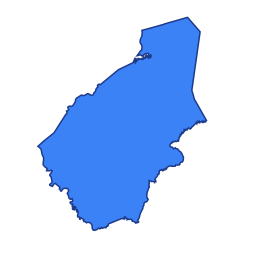 Kariba, Mashonaland West, Zimbabwe (Natural Earth projection), rotated 347°
{"feature_id": "62879985B94385115404707", "entity_name": "Kariba", "entity_type": "district", "adm_level": 2, "iso_a3": "ZWE", "parent_name": "Zimbabwe", "parent_adm1": "Mashonaland West", "projection": "natural_earth1", "projection_center": [28.545, -16.89], "detail": "fine", "context": "isolated", "style": "filled", "palette": "blue", "viewbox_px": 256, "rotation_deg": 347, "n_neighbors": 0, "source": "geoboundaries", "source_scale": "gbopen_adm2", "svg_char_len": 5829}
<svg xmlns="http://www.w3.org/2000/svg" viewBox="0 0 256 256"><g transform="rotate(347 128 128)"><path d="M72.0,219.8L72.7,220.3L73.5,219.9L74.6,220.1L76.8,218.8L77.4,219.7L77.8,219.9L78.4,219.8L79.5,218.8L79.9,219.1L80.1,219.8L80.6,220.0L82.2,219.5L82.9,219.8L83.4,219.6L83.7,220.1L84.1,220.2L85.2,218.9L85.7,218.7L85.8,219.1L86.1,219.1L86.6,218.7L87.3,217.3L87.7,217.0L100.2,215.0L101.0,214.7L104.2,215.9L104.2,215.3L103.8,214.6L104.0,214.2L105.3,213.7L105.4,214.0L104.9,214.8L105.7,215.1L106.4,216.0L107.0,216.1L106.6,217.1L107.5,216.8L108.4,217.4L110.4,217.4L111.0,218.2L111.2,219.7L111.7,219.5L111.9,220.0L113.2,220.9L114.0,222.2L114.3,221.9L114.6,222.3L115.1,221.9L115.9,222.4L117.0,222.1L117.3,221.9L116.5,220.9L116.5,220.2L117.2,219.8L118.8,217.9L119.9,215.5L121.9,212.6L124.3,209.8L124.7,208.5L125.9,207.1L126.8,204.8L127.8,204.1L129.0,204.2L130.3,203.6L131.4,202.3L131.6,201.9L131.2,201.3L131.1,200.4L130.7,199.6L131.2,197.7L131.6,197.1L131.7,195.9L134.6,191.1L135.5,190.5L135.5,190.0L135.2,189.5L135.6,189.0L135.6,188.3L136.5,186.1L136.3,185.7L136.7,183.9L137.9,184.5L138.8,185.5L139.5,185.4L141.2,186.2L141.5,186.7L141.6,186.1L142.3,185.9L142.5,186.8L142.6,186.3L143.0,186.6L143.1,186.3L143.1,184.8L142.8,184.2L143.3,183.1L145.0,182.1L146.1,181.0L146.4,180.0L147.5,180.0L147.8,179.7L148.6,178.0L148.6,177.0L149.4,176.4L150.2,176.6L151.2,176.1L151.9,177.3L152.4,177.5L152.9,177.3L153.2,176.2L153.8,176.4L154.4,177.1L155.1,176.0L155.4,175.9L156.1,176.7L156.6,176.3L156.8,175.3L157.6,174.9L159.9,174.4L161.3,174.4L161.6,175.0L164.2,175.7L164.8,175.5L165.4,175.8L166.3,174.7L167.6,175.3L168.9,175.2L169.4,175.6L170.3,175.1L170.4,174.4L171.8,173.2L173.1,173.4L174.2,172.5L175.1,170.4L175.2,169.4L175.5,168.9L174.9,166.6L174.9,165.6L174.1,163.6L173.6,162.7L172.9,162.2L171.7,159.6L170.1,158.9L169.6,157.9L167.6,158.6L167.0,156.7L165.5,156.1L164.9,155.5L164.7,154.4L165.9,153.2L166.0,152.9L166.9,152.3L167.2,152.6L167.7,151.7L168.0,151.9L168.8,151.5L169.2,151.9L169.6,151.5L170.6,151.6L171.1,151.4L171.4,151.9L172.3,152.1L173.0,151.8L173.9,152.1L173.9,151.3L174.5,151.5L174.8,151.2L174.9,150.3L175.5,149.5L175.6,149.0L176.0,148.9L176.0,148.4L176.6,147.8L177.3,147.6L177.5,146.9L177.3,146.1L177.7,146.1L177.9,146.6L178.4,146.6L178.9,145.8L179.5,145.6L179.1,144.7L179.4,144.3L179.6,144.4L179.9,145.0L180.8,145.2L181.0,144.9L180.7,144.4L181.8,144.2L181.8,143.6L182.1,143.6L182.5,142.2L183.3,143.3L183.5,143.2L183.6,142.5L184.1,142.3L184.6,142.3L185.0,143.1L185.3,142.6L185.9,142.6L186.8,141.5L187.4,142.0L187.9,142.0L188.2,142.9L188.6,142.9L190.0,142.0L190.6,141.3L191.5,141.0L195.2,138.6L195.6,139.1L195.6,138.4L195.9,138.0L197.4,137.1L197.7,137.4L197.3,138.5L198.4,138.2L198.8,137.6L198.9,138.2L198.5,138.9L198.8,139.1L199.1,139.1L199.2,138.4L199.5,138.2L200.1,138.2L200.8,138.6L202.1,138.1L201.9,139.2L202.3,139.6L203.3,139.1L203.3,138.5L203.5,138.5L203.8,139.3L204.6,138.9L205.0,139.5L205.3,139.4L205.7,138.1L206.1,138.1L199.2,115.0L198.7,105.6L219.9,50.5L210.9,33.6L186.9,34.8L186.6,35.0L176.6,35.5L163.5,36.0L163.3,38.4L162.6,40.1L162.5,41.1L160.0,44.4L159.2,46.4L159.1,48.1L159.9,50.0L160.1,51.5L158.9,55.0L157.8,55.5L153.1,59.6L156.5,59.5L158.1,61.1L158.1,61.7L158.6,60.6L159.2,60.7L160.6,59.9L161.7,59.6L164.5,59.7L164.8,61.1L164.4,61.7L166.9,62.2L166.7,63.3L165.9,63.7L165.8,64.1L165.4,64.3L165.5,64.5L164.7,64.6L164.9,64.4L164.7,64.2L165.0,63.9L164.6,63.7L164.8,63.3L164.2,63.7L164.1,63.3L163.7,62.9L163.7,62.7L163.4,63.2L163.1,63.0L163.1,63.3L162.9,63.2L162.9,62.9L163.1,62.6L162.9,62.2L162.8,62.9L162.6,62.6L162.6,62.8L162.3,62.7L162.5,62.4L162.3,62.2L162.3,62.5L162.1,62.4L162.3,62.8L161.9,62.9L162.0,63.2L161.8,63.0L161.5,63.2L161.5,62.9L161.3,63.0L161.2,62.8L161.1,63.4L160.6,63.7L159.9,62.9L159.1,63.9L159.0,63.0L158.5,63.8L157.4,64.4L156.6,64.1L156.8,63.6L156.3,63.9L155.1,63.7L155.1,63.3L154.7,63.4L154.3,62.9L154.0,63.5L154.0,62.9L153.7,62.8L153.6,63.2L153.3,63.2L153.3,62.9L153.2,62.9L152.9,63.8L152.5,63.7L152.9,63.0L152.6,63.2L152.4,62.9L152.1,63.3L151.9,63.0L151.7,63.1L151.9,63.5L152.3,63.6L152.4,64.1L152.0,64.4L151.5,63.6L151.2,63.7L151.4,64.2L150.9,64.6L151.1,65.1L149.6,66.2L149.5,65.5L150.1,63.2L149.6,63.5L150.2,63.0L150.2,62.3L150.8,61.8L150.5,61.6L147.6,65.5L131.9,69.0L110.8,79.5L110.0,78.9L108.8,78.9L107.8,79.7L107.9,81.1L106.1,82.4L105.5,83.0L104.6,85.0L102.6,86.1L102.2,87.1L101.3,87.9L99.7,88.0L99.1,87.7L98.4,86.7L97.8,86.5L97.0,85.6L96.2,85.5L95.4,85.6L94.3,86.2L92.8,86.4L91.6,86.4L90.1,85.4L84.5,87.3L83.2,88.7L82.8,90.1L82.2,91.0L79.2,93.8L77.9,94.2L75.8,93.5L74.3,93.9L74.0,94.7L74.3,96.8L73.1,97.6L71.9,97.6L72.0,99.5L71.7,100.1L70.4,100.8L54.8,116.1L43.7,121.4L36.1,125.6L37.5,127.3L38.5,129.1L38.4,134.5L38.7,136.4L39.0,136.8L39.0,138.6L37.1,144.3L37.2,145.1L38.4,147.4L40.1,149.3L39.0,151.3L41.3,152.0L44.0,152.0L44.4,152.6L43.8,153.6L41.2,156.0L41.2,156.7L42.1,158.9L42.0,163.0L41.3,164.2L39.0,165.4L38.9,166.2L41.1,167.9L43.6,165.7L44.3,165.6L44.9,166.0L48.2,170.2L48.2,170.6L47.5,171.4L47.4,172.0L47.9,172.4L48.1,174.0L48.6,174.5L49.2,174.4L50.6,172.9L52.1,172.4L54.6,173.0L55.9,174.0L56.1,174.6L55.9,175.7L55.5,176.7L54.1,178.0L54.8,180.9L54.7,183.0L55.1,183.8L56.3,184.7L57.6,184.2L57.9,186.2L57.3,187.1L55.1,187.1L54.8,187.7L55.2,189.0L57.0,189.6L57.0,190.0L56.0,191.1L56.0,191.5L59.1,192.8L59.2,193.7L58.5,194.0L58.0,193.7L57.6,194.3L57.1,194.3L56.6,193.8L56.9,192.9L56.5,192.8L55.8,193.4L55.8,194.8L56.3,195.1L57.0,195.1L57.4,195.7L59.4,195.6L60.1,196.1L60.3,197.0L59.4,197.1L59.2,198.1L59.7,198.3L60.0,198.8L60.4,198.7L60.3,199.3L60.3,200.0L59.3,201.3L59.0,203.2L60.3,203.3L60.5,206.1L60.8,206.2L60.9,205.5L61.5,204.7L61.9,204.7L63.0,206.2L64.3,207.1L64.4,207.3L63.6,208.4L64.1,209.4L65.3,209.5L66.1,211.0L67.8,210.9L69.8,211.8L70.9,213.9L71.1,215.0L70.6,217.1L70.7,218.4L71.0,219.0L71.1,219.8L72.0,219.8Z" fill="#3b82f6" stroke="#1e3a8a" stroke-width="1.5"/></g></svg>